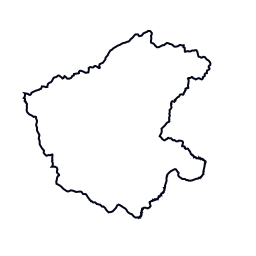 Mae La Noi, Mae Hong Son, Thailand (orthographic projection), rotated 347°
{"feature_id": "78962969B46384371201306", "entity_name": "Mae La Noi", "entity_type": "district", "adm_level": 2, "iso_a3": "THA", "parent_name": "Thailand", "parent_adm1": "Mae Hong Son", "projection": "orthographic", "projection_center": [98.067, 18.465], "detail": "fine", "context": "isolated", "style": "outline", "palette": "ink", "viewbox_px": 256, "rotation_deg": 347, "n_neighbors": 0, "source": "geoboundaries", "source_scale": "gbopen_adm2", "svg_char_len": 5837}
<svg xmlns="http://www.w3.org/2000/svg" viewBox="0 0 256 256"><g transform="rotate(347 128 128)"><path d="M35.1,70.9L35.4,71.5L34.6,74.1L33.2,75.3L34.2,76.1L33.9,77.7L33.4,78.3L34.3,79.2L33.9,79.8L35.0,81.8L34.2,84.3L34.1,85.5L33.2,87.9L33.4,90.0L34.7,92.3L37.2,94.3L38.6,96.0L40.1,96.0L40.8,96.6L40.6,98.1L40.9,99.8L40.9,101.0L39.2,104.3L39.1,105.3L39.5,107.4L38.8,109.3L38.9,110.6L40.1,114.9L38.6,118.4L39.0,120.5L38.3,124.2L39.7,128.6L41.1,131.1L40.3,132.8L40.4,133.7L41.8,136.2L42.4,136.7L44.5,136.5L45.9,137.0L48.2,136.7L48.4,136.9L47.7,139.5L47.2,140.6L47.2,142.3L46.5,143.1L46.8,144.8L46.7,146.1L46.1,147.7L45.0,148.6L48.0,149.2L49.7,150.6L49.9,152.7L49.2,153.6L48.8,155.1L49.2,156.2L50.0,157.3L50.3,158.2L50.2,158.6L48.8,159.2L48.1,159.9L47.2,161.6L47.0,162.6L46.1,163.8L45.8,166.3L48.1,168.2L49.8,170.1L51.3,172.7L54.1,175.7L55.4,176.4L58.4,175.9L60.8,177.0L62.9,178.6L67.4,179.2L68.4,179.9L69.3,182.1L69.8,182.4L71.8,182.8L72.4,183.7L73.7,187.4L74.4,188.6L74.4,189.3L75.5,190.5L75.5,191.1L76.6,191.6L77.2,192.6L79.3,193.1L80.5,195.0L83.6,196.5L85.1,198.8L86.3,198.9L87.6,200.6L88.5,203.2L90.1,205.8L92.6,206.0L94.3,205.8L98.5,203.0L100.0,201.0L101.4,200.5L102.8,201.3L103.2,202.0L104.1,202.5L105.1,204.0L106.1,204.7L107.2,205.9L108.1,207.3L108.5,209.0L109.4,210.6L110.9,212.0L112.6,213.1L113.2,214.6L114.6,216.5L115.5,217.1L116.9,217.1L118.1,218.1L118.7,217.4L119.3,217.7L119.2,217.2L120.0,216.7L120.8,217.0L121.5,216.0L121.7,215.5L121.3,215.3L121.6,213.6L122.6,213.5L122.3,212.6L122.5,211.9L123.1,211.7L123.1,210.9L123.6,209.8L124.4,210.2L124.8,209.5L125.6,209.2L127.3,209.7L129.0,210.8L129.8,210.4L130.9,210.4L132.5,209.1L132.2,205.6L132.5,205.1L132.9,205.3L133.5,204.7L134.9,204.3L135.5,204.6L136.3,203.5L137.1,204.3L138.3,204.2L138.5,203.5L139.4,204.0L140.3,203.6L140.8,204.0L140.9,203.7L141.3,203.7L142.5,201.5L143.3,202.1L143.7,201.6L144.2,201.4L144.3,201.0L145.0,201.1L144.8,200.6L145.0,200.2L145.7,199.8L145.8,199.4L147.0,199.3L146.9,198.9L147.5,198.5L148.0,198.8L148.4,198.6L148.6,197.6L149.4,197.0L149.7,195.5L150.0,195.4L149.7,194.5L150.4,194.5L151.0,193.5L150.9,192.8L153.7,188.1L154.3,185.1L154.8,184.5L154.9,183.7L155.5,183.4L155.5,182.7L156.3,181.9L158.8,180.3L160.1,179.7L164.3,178.6L165.3,179.0L166.7,182.3L167.2,182.8L167.2,183.3L166.5,184.4L166.3,185.8L167.4,187.8L168.1,188.2L169.3,189.8L172.0,190.5L173.1,191.9L174.4,192.1L175.3,193.0L178.3,193.5L183.9,192.8L184.8,193.1L186.0,192.4L186.7,192.9L186.9,192.5L187.7,192.6L188.0,192.0L188.5,192.0L189.0,191.4L189.4,191.3L190.1,190.7L190.3,190.1L191.2,189.8L191.5,187.6L192.1,187.2L192.0,186.6L194.3,181.8L194.6,180.5L195.0,180.3L195.0,179.6L195.8,179.2L195.9,178.6L195.6,178.6L195.5,178.3L195.8,177.6L195.0,176.9L194.9,176.6L194.2,176.3L194.0,176.1L194.2,175.6L193.5,175.2L193.5,174.8L192.8,174.6L192.1,174.8L192.0,174.1L191.4,174.0L191.4,173.6L190.7,173.8L190.4,173.0L190.2,173.4L189.7,173.5L189.4,173.2L188.4,173.1L187.7,172.8L187.7,172.2L187.3,171.6L186.6,171.3L185.8,171.4L186.0,170.6L185.4,170.3L185.2,169.2L184.5,168.9L184.6,168.6L184.4,168.2L183.5,167.7L183.1,164.7L182.4,163.5L181.9,161.8L181.2,161.4L179.5,161.4L178.8,160.4L179.2,159.6L178.9,158.9L178.5,158.5L176.7,158.0L176.7,157.3L177.4,156.6L178.4,154.5L178.1,153.2L176.3,152.2L174.5,151.7L173.6,152.2L171.9,151.8L170.5,150.1L169.5,150.2L168.8,149.9L167.8,147.8L165.8,147.3L165.0,146.6L164.5,146.7L163.8,147.4L163.1,147.4L161.0,148.3L160.5,148.1L158.9,146.5L158.3,144.8L157.0,143.1L159.5,140.3L160.3,138.3L160.5,136.2L164.4,133.9L167.2,131.6L169.4,131.2L169.8,130.9L169.8,129.4L170.3,128.8L170.3,127.3L171.6,125.2L171.4,123.7L172.3,121.8L172.5,119.9L174.1,118.9L175.1,117.6L175.0,115.9L175.3,114.7L175.8,114.4L175.5,113.6L176.6,112.1L177.2,111.9L178.1,112.2L179.0,112.9L179.8,112.2L180.3,112.1L180.4,111.5L180.2,111.1L181.0,110.9L181.1,110.6L183.3,109.2L184.6,109.0L186.2,107.2L188.1,107.3L188.9,107.9L189.4,107.9L189.9,107.4L190.5,106.0L191.6,105.4L192.0,104.2L192.8,103.9L192.9,102.6L194.1,102.3L195.2,102.6L195.8,102.5L195.9,100.5L197.7,95.8L197.9,94.1L197.6,93.8L197.6,93.2L198.4,92.9L199.9,93.3L201.7,92.6L202.3,93.1L202.7,94.2L204.4,95.2L204.9,95.9L208.0,95.3L208.5,95.5L210.5,97.2L211.0,97.2L212.0,96.7L212.4,95.3L214.4,94.7L214.7,94.1L214.6,93.3L215.4,92.3L217.3,92.2L217.3,91.4L218.0,89.8L220.2,89.2L220.7,88.8L220.8,88.1L220.3,87.1L220.5,86.1L221.2,85.5L222.3,85.1L222.8,83.7L222.7,82.4L221.7,80.4L220.1,78.9L218.9,76.3L217.3,75.5L216.1,76.0L215.3,76.0L214.1,74.9L213.0,74.5L212.7,73.8L212.7,69.3L212.1,67.6L211.0,67.3L209.9,67.4L207.8,66.9L206.8,67.3L205.6,67.4L203.2,66.5L200.8,66.6L200.6,66.1L201.3,62.8L200.2,61.8L200.8,60.7L200.9,59.9L199.2,59.7L197.2,58.7L194.9,59.6L192.1,59.4L191.2,58.9L189.9,56.8L188.2,55.7L187.4,55.5L186.9,54.8L185.2,53.9L183.3,54.5L181.9,55.4L180.5,55.1L176.1,56.2L174.3,55.8L173.5,54.4L173.0,54.0L172.8,53.1L171.9,51.6L169.7,50.0L169.7,49.2L170.9,45.8L171.2,43.3L172.1,42.3L172.6,40.8L171.5,38.6L169.4,37.9L168.5,38.5L164.5,39.2L162.0,41.1L159.5,41.0L158.7,39.0L156.3,38.5L154.9,39.3L153.0,40.9L150.3,42.2L149.9,42.8L148.0,43.9L146.5,43.8L144.4,44.3L143.0,44.1L140.6,44.5L139.2,45.1L136.8,45.4L131.5,47.1L129.8,48.2L128.4,48.4L126.1,50.6L124.4,52.8L123.3,53.4L121.8,54.7L121.4,56.1L118.3,58.7L114.7,59.5L114.0,60.7L114.2,62.5L113.7,63.2L112.9,62.9L112.0,61.7L110.3,60.3L109.4,60.1L107.8,61.1L107.1,61.1L105.1,60.2L104.5,60.2L103.2,60.7L103.0,62.3L101.9,64.9L99.1,64.7L97.0,62.9L94.9,61.6L93.8,61.5L92.8,62.3L92.6,63.5L92.4,63.6L87.5,63.2L87.0,64.6L85.4,64.8L84.2,66.2L82.2,66.7L80.3,66.4L79.9,66.2L78.6,63.9L77.8,63.2L76.4,64.8L75.3,65.0L75.0,64.2L72.7,61.5L71.7,61.1L69.9,62.1L66.9,62.3L64.3,65.3L62.9,66.1L61.6,66.2L59.9,67.1L59.6,67.9L59.0,68.5L58.7,69.8L57.2,69.7L55.3,68.6L53.5,68.1L52.1,70.2L50.3,70.4L49.9,70.7L46.5,70.9L42.7,71.7L41.8,72.0L41.3,73.0L40.3,73.7L39.2,73.5L38.1,72.2L35.1,70.9Z" fill="none" stroke="#020617" stroke-width="2"/></g></svg>